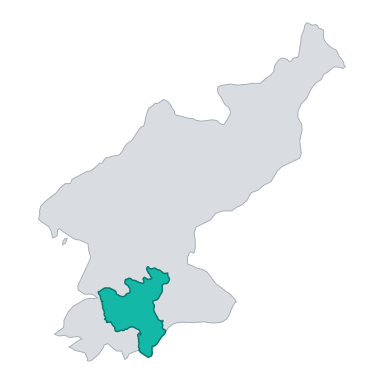 location of Hwanghae-bukto within North Korea
{"feature_id": "PRK-3303", "entity_name": "Hwanghae-bukto", "entity_type": "Province", "adm_level": 1, "iso_a3": "PRK", "parent_name": "North Korea", "parent_adm1": "", "projection": "equal_earth", "projection_center": [126.361, 38.471], "detail": "fine", "context": "in_parent", "style": "filled", "palette": "teal", "viewbox_px": 384, "rotation_deg": 0, "n_neighbors": 0, "source": "natural_earth", "source_scale": "10m", "svg_char_len": 8238}
<svg xmlns="http://www.w3.org/2000/svg" viewBox="0 0 384 384"><path d="M236.3,302.0L234.6,303.0L231.7,308.5L229.0,315.4L226.3,319.2L223.2,321.3L219.9,322.5L213.3,323.0L207.4,322.5L205.4,321.8L197.2,322.2L194.9,322.7L183.1,322.2L177.0,322.7L173.1,324.1L169.1,326.9L165.7,331.2L162.6,335.7L156.5,344.0L152.2,348.0L152.2,353.8L152.1,355.6L150.6,356.9L150.0,356.3L147.5,355.9L137.5,350.5L129.2,353.8L127.1,358.0L124.9,359.4L121.6,351.1L116.3,350.9L107.7,343.6L104.1,345.0L103.1,348.0L98.4,354.7L91.8,360.2L89.7,361.0L87.3,360.6L87.7,359.1L85.0,352.8L74.7,350.3L71.0,347.7L69.1,347.1L79.3,340.1L81.9,338.9L79.9,337.3L77.8,336.5L69.5,337.5L65.1,335.3L58.8,336.0L54.5,334.2L63.6,327.4L64.0,323.4L63.9,320.3L68.6,311.3L73.2,306.3L85.2,299.3L90.4,298.3L94.2,298.6L97.3,297.9L94.1,295.2L90.9,294.0L84.7,294.3L78.3,290.2L77.8,285.9L90.3,258.9L90.5,256.5L88.6,249.9L88.0,243.6L79.2,239.9L75.2,239.5L63.9,232.3L59.4,228.7L57.6,229.7L57.2,235.5L55.6,236.7L52.6,237.9L51.2,231.3L48.7,226.6L41.3,221.7L38.6,219.1L39.9,213.3L39.3,212.8L40.6,206.4L45.2,201.4L56.6,192.6L59.5,188.5L65.3,183.6L67.9,183.7L70.5,183.3L71.4,181.2L72.0,179.5L74.3,178.0L79.8,175.3L86.1,171.8L91.1,170.8L97.2,165.6L99.7,163.2L102.2,163.2L102.9,162.2L104.3,159.4L106.3,157.6L109.0,157.3L113.4,156.0L119.0,155.2L122.7,150.8L124.0,147.6L126.5,144.2L131.8,140.4L135.5,134.8L139.5,128.7L141.4,126.8L143.3,126.4L144.4,124.1L145.7,117.7L147.5,111.4L148.7,108.4L153.3,105.2L154.5,103.7L155.5,103.1L157.7,103.6L160.5,101.7L163.3,99.6L165.7,100.3L168.3,102.0L170.9,105.5L172.1,108.3L174.2,110.6L174.6,113.9L176.7,115.4L181.1,116.1L188.3,118.4L193.0,118.5L195.7,120.2L201.3,121.2L212.5,119.8L217.1,120.6L219.0,122.7L221.8,124.4L223.7,124.5L226.1,121.6L228.7,117.0L230.4,113.4L230.3,110.6L228.8,107.5L225.1,104.7L222.6,100.3L220.3,95.8L218.9,94.4L217.8,92.2L217.5,88.8L218.3,86.5L223.9,85.0L231.0,84.1L236.7,85.1L246.4,84.4L252.2,83.2L256.6,83.4L260.7,83.3L262.4,81.4L268.0,76.8L270.7,75.1L273.6,72.0L274.1,68.7L274.6,66.0L276.2,63.2L279.1,59.7L281.6,58.1L284.4,58.3L287.4,59.9L289.3,61.5L291.4,61.0L293.1,58.3L294.2,57.8L297.6,57.5L298.6,55.8L299.8,47.7L300.9,41.4L301.1,36.9L304.0,29.5L304.9,25.1L306.6,23.0L308.7,23.2L310.4,24.5L312.6,25.3L315.5,24.5L317.5,25.7L318.8,28.1L323.1,29.7L323.6,30.9L323.6,38.9L326.0,42.7L329.2,46.0L333.6,49.1L335.9,49.8L337.4,52.0L338.8,55.9L341.9,59.6L343.6,62.3L344.0,65.1L345.4,66.7L343.0,68.4L339.7,67.4L334.3,66.7L327.6,72.2L323.8,74.2L321.2,79.6L315.9,82.9L313.0,86.3L309.3,92.3L306.9,98.0L301.2,103.9L297.9,111.4L297.9,117.7L301.7,124.3L302.1,129.8L299.7,141.3L301.3,153.5L299.8,158.2L282.0,166.6L277.4,170.8L271.0,181.6L263.0,185.7L258.1,190.1L251.2,192.7L246.9,200.4L242.1,204.7L236.3,207.4L232.0,210.8L222.3,211.0L215.5,213.4L210.7,219.8L196.1,227.1L194.2,232.7L195.2,241.2L195.3,247.8L194.0,253.2L190.8,251.7L189.1,253.4L187.2,258.4L187.8,264.1L192.8,266.0L197.0,268.3L202.8,269.5L207.1,272.1L216.3,284.2L223.8,289.5L225.8,291.4L230.1,294.1L234.0,298.3L236.3,302.0ZM65.7,242.9L62.9,244.8L62.8,241.5L64.9,238.7L67.1,238.3L65.7,242.9Z" fill="#d9dde1" stroke="#a8b0b8" stroke-width="1"/><path d="M165.7,331.2L164.7,333.8L163.9,334.8L161.9,336.3L161.1,337.3L156.9,344.0L154.9,345.6L153.6,346.1L152.7,346.2L152.1,346.7L151.9,348.2L152.2,353.8L151.6,354.7L151.4,355.7L151.0,355.8L149.9,356.5L148.5,357.3L147.7,357.1L140.8,352.5L140.4,352.1L139.2,350.0L139.0,349.8L139.3,349.3L139.4,349.0L139.5,348.6L139.4,348.3L139.1,347.9L138.8,347.7L138.6,347.3L138.5,346.6L138.7,344.6L138.8,344.1L138.9,343.8L139.0,343.4L139.0,342.9L138.7,342.2L138.5,341.1L138.9,340.1L138.3,338.7L138.5,337.0L138.3,336.5L138.1,336.2L137.7,335.8L137.7,335.3L137.9,334.6L138.1,334.2L138.8,333.7L139.0,333.4L139.3,333.2L139.5,333.0L139.9,333.2L140.1,334.2L140.3,334.5L140.5,334.7L140.6,334.8L140.8,334.7L140.9,334.3L140.9,333.7L140.8,333.2L140.4,332.5L140.0,331.5L139.7,330.9L139.2,330.2L139.0,329.9L138.7,329.7L138.4,329.5L135.8,328.4L134.4,327.5L133.3,327.0L132.6,326.9L131.5,326.9L129.4,327.4L129.1,327.5L128.8,327.7L127.3,329.0L127.0,329.3L126.7,329.3L126.4,329.3L125.7,329.1L125.4,329.1L125.1,329.2L124.8,329.4L124.5,329.7L124.1,330.3L123.6,330.5L123.1,330.6L121.5,330.2L121.1,330.2L120.8,330.3L119.6,331.0L117.7,331.5L117.3,331.5L116.8,331.5L116.0,331.3L115.6,331.1L115.3,330.8L115.2,330.5L115.1,330.1L114.6,327.6L114.5,327.0L114.2,326.6L112.8,325.4L112.4,324.9L112.2,324.5L112.1,324.1L112.0,323.8L111.4,323.0L111.2,322.4L111.0,322.0L110.7,321.8L110.4,321.9L110.1,322.0L109.9,322.2L109.6,322.3L108.5,322.1L108.1,322.1L107.3,322.5L106.6,322.3L106.4,322.1L106.5,321.9L106.7,321.7L106.9,321.5L106.9,321.3L106.8,321.0L106.5,320.6L105.9,320.0L104.9,319.5L104.6,319.1L104.6,318.9L105.0,318.7L105.2,318.4L105.4,318.1L105.6,317.8L105.6,317.5L105.6,317.3L105.5,317.1L104.6,315.9L104.5,315.7L104.4,315.5L104.3,315.2L104.2,314.6L104.2,313.5L104.2,313.2L104.3,312.8L104.4,312.5L104.5,312.1L104.4,311.8L104.0,311.0L103.6,310.2L103.5,309.7L103.3,309.1L102.9,308.5L102.7,308.0L102.6,307.6L102.7,306.2L102.7,305.9L102.6,305.5L102.3,304.9L102.3,304.5L102.2,302.8L102.1,301.9L101.8,301.7L102.4,301.5L101.9,301.0L101.3,300.0L101.0,299.7L100.4,297.8L100.3,296.1L100.2,295.6L100.0,295.3L99.1,294.3L98.6,293.6L98.4,293.1L98.3,292.7L98.3,291.8L99.8,291.3L103.3,288.8L104.9,288.0L106.3,287.9L109.5,288.1L110.2,288.3L115.2,290.9L115.5,291.1L115.7,291.4L115.9,291.7L116.1,292.0L116.1,292.4L116.1,293.4L116.2,293.7L116.4,294.1L118.3,295.0L119.2,295.6L121.1,296.4L122.4,296.7L123.1,296.7L124.1,296.4L124.6,296.2L124.9,296.0L125.2,295.7L126.0,294.4L126.3,294.1L126.7,293.8L127.2,293.5L129.1,293.0L129.4,292.8L129.7,292.6L129.9,292.3L130.0,292.0L130.0,291.6L130.0,289.5L130.0,289.2L129.9,288.9L129.8,288.6L129.7,288.2L127.9,285.6L127.7,285.4L127.5,285.2L126.3,284.5L125.7,284.1L125.4,283.8L125.2,283.5L125.1,283.2L125.0,282.9L124.9,282.5L124.9,282.2L125.1,280.9L125.1,280.5L125.2,280.2L125.5,279.8L125.9,279.3L126.2,279.2L126.5,279.5L126.9,279.6L127.4,279.3L127.8,278.8L128.2,278.6L128.5,278.3L128.9,278.2L129.1,278.3L130.6,278.6L130.9,278.7L131.2,279.1L131.8,279.6L131.9,279.9L132.6,280.2L133.5,280.5L133.8,280.3L134.2,280.3L135.1,280.5L135.5,280.6L137.0,281.4L137.3,281.6L137.6,281.7L137.9,281.8L138.3,282.1L141.8,283.3L142.4,283.3L143.2,283.3L143.5,283.0L143.7,282.7L143.8,282.5L143.9,282.2L143.9,281.8L143.8,281.3L143.7,280.8L143.5,280.1L143.2,279.5L143.1,279.1L143.2,278.6L143.8,277.8L144.2,277.5L144.6,277.4L144.9,277.6L147.4,279.2L148.0,279.3L148.9,279.3L150.7,279.1L151.4,278.8L151.7,278.5L151.7,278.2L151.6,277.9L151.4,277.6L151.0,277.1L150.6,276.5L150.4,276.1L150.2,275.8L149.9,274.7L149.8,274.4L149.6,274.1L148.4,272.9L148.2,272.6L148.1,272.2L147.8,271.5L147.7,271.2L147.0,270.2L146.9,269.8L146.8,269.5L146.7,269.1L146.7,268.6L146.8,268.1L147.2,267.3L147.6,266.8L148.0,266.7L148.4,267.0L149.1,268.0L149.4,268.3L149.8,268.5L150.1,268.7L150.5,268.8L151.3,268.8L152.0,268.7L154.4,268.1L154.8,268.1L155.2,268.2L155.5,268.3L156.1,268.7L156.8,269.3L157.2,269.5L157.5,269.7L159.1,270.0L159.8,270.3L160.5,270.7L163.1,272.9L163.7,273.3L164.8,273.5L167.6,273.1L167.8,275.5L168.1,276.5L168.6,277.2L168.9,277.6L169.0,277.7L169.2,278.1L169.3,278.4L169.4,278.7L169.4,279.1L169.4,279.5L169.2,280.1L168.9,281.0L168.5,281.8L167.7,282.9L167.4,283.1L167.1,283.3L166.8,283.5L166.5,283.6L164.1,283.7L163.8,283.8L163.5,284.0L163.2,284.2L163.0,284.5L162.7,284.8L162.5,285.1L162.3,285.4L162.2,285.9L162.2,286.6L162.3,287.8L162.4,289.5L162.2,290.8L162.1,291.5L162.0,292.0L161.2,293.4L159.6,296.0L158.7,298.0L158.2,298.6L157.9,298.9L157.3,299.4L156.7,299.8L153.8,300.7L153.5,300.9L153.2,301.1L152.9,301.4L152.8,301.8L152.7,302.3L152.9,303.0L154.0,304.6L154.2,305.0L154.3,305.5L154.4,306.3L154.3,306.8L154.2,307.2L154.1,307.5L153.9,308.2L153.8,308.8L153.8,309.2L153.8,310.1L154.1,311.4L154.5,312.2L157.8,318.2L158.0,318.6L158.0,319.1L158.2,319.5L158.5,319.8L158.8,320.0L159.2,320.1L159.6,320.3L160.1,320.6L160.7,321.1L161.1,321.3L161.3,321.2L161.9,320.7L162.1,320.6L162.4,320.5L162.7,320.5L162.9,320.8L162.9,321.2L162.6,322.2L162.3,322.6L162.1,323.1L162.1,323.4L162.2,323.9L162.3,324.2L162.7,324.8L162.8,325.1L162.7,325.5L162.5,326.2L162.2,327.0L162.4,327.8L163.2,329.1L163.5,329.3L163.9,329.5L164.7,329.6L164.9,329.9L165.1,330.1L165.2,330.4L165.6,331.2L165.7,331.2Z" fill="#14b8a6" stroke="#0f766e" stroke-width="1.5"/></svg>